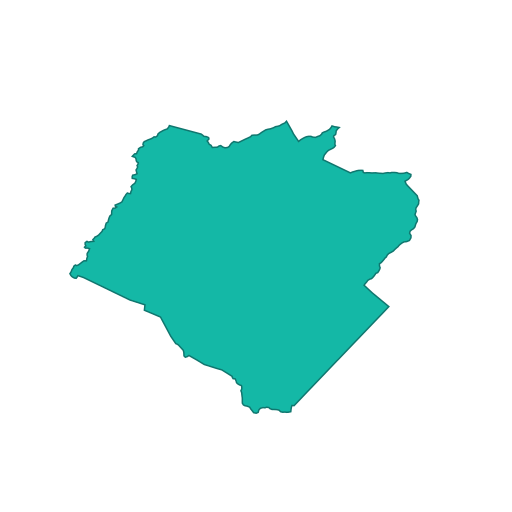 outline of Ipirá, Bahia, Brazil, rotated 64°
{"feature_id": "56859067B36426847002914", "entity_name": "Ipirá", "entity_type": "district", "adm_level": 2, "iso_a3": "BRA", "parent_name": "Brazil", "parent_adm1": "Bahia", "projection": "equal_earth", "projection_center": [-39.836, -12.21], "detail": "fine", "context": "isolated", "style": "filled", "palette": "teal", "viewbox_px": 512, "rotation_deg": 64, "n_neighbors": 0, "source": "geoboundaries", "source_scale": "gbopen_adm2", "svg_char_len": 4934}
<svg xmlns="http://www.w3.org/2000/svg" viewBox="0 0 512 512"><g transform="rotate(64 256 256)"><path d="M144.4,224.6L143.4,225.7L143.9,228.6L144.8,230.5L145.8,232.0L146.0,233.9L145.2,236.4L143.5,238.1L141.3,239.3L140.9,241.0L141.3,243.0L140.3,245.2L139.3,247.7L136.8,247.9L135.0,249.1L133.1,249.1L131.2,249.5L130.2,247.0L128.8,246.7L127.0,248.2L125.6,250.4L124.2,250.9L122.4,251.8L100.8,276.7L101.8,277.8L102.9,280.1L102.6,282.4L102.5,284.2L102.6,286.1L102.7,288.3L103.3,290.5L104.7,291.9L105.1,294.0L104.2,295.4L104.6,297.2L104.6,299.4L104.3,302.1L104.3,304.6L104.2,306.3L105.0,307.8L106.4,308.8L107.6,308.5L108.2,309.9L107.7,312.1L108.1,314.6L109.3,315.2L110.4,317.2L111.7,318.5L111.0,320.3L112.2,323.5L113.3,322.5L114.3,321.4L115.9,321.2L117.7,321.8L119.0,321.9L120.4,320.9L121.7,321.8L122.6,323.3L124.0,323.3L125.0,324.3L126.1,326.1L128.0,326.5L129.9,326.8L129.9,329.0L129.3,331.4L130.5,332.6L132.0,333.2L133.2,331.5L134.7,330.0L136.3,331.4L137.5,333.0L138.0,335.7L138.9,337.9L140.5,337.9L142.0,338.5L143.4,340.3L144.9,341.4L144.1,342.9L143.0,344.0L143.8,346.0L144.7,347.3L145.6,349.0L147.3,351.1L148.6,352.8L148.8,354.6L148.7,357.1L148.5,360.3L149.7,360.6L150.9,359.7L151.2,361.6L150.4,363.5L152.2,365.9L153.9,366.8L155.4,367.6L156.0,369.8L157.3,371.3L158.8,372.7L160.6,374.1L160.8,376.2L162.6,377.9L164.2,379.0L165.2,380.1L165.2,382.3L166.4,383.5L167.3,386.0L168.2,388.3L168.5,390.5L168.4,392.5L169.2,393.7L169.7,395.4L171.7,395.4L170.6,398.2L170.1,400.5L168.7,401.5L169.1,403.7L170.7,404.5L172.3,404.5L172.9,406.3L174.1,405.9L175.1,403.9L176.5,402.4L178.1,404.0L179.7,406.6L181.1,407.4L182.6,407.6L183.9,409.0L186.0,410.5L184.9,412.8L185.3,415.3L185.8,417.5L186.2,419.6L186.0,421.4L184.9,422.3L185.3,424.2L186.4,425.2L187.5,427.3L189.3,429.3L190.3,431.0L192.2,430.9L193.5,430.6L194.8,429.9L196.2,428.9L197.2,427.4L196.5,426.0L195.6,424.6L199.8,420.4L240.4,388.5L251.2,377.2L255.8,380.1L269.0,368.6L290.8,367.8L299.6,366.5L300.7,365.5L302.0,364.7L303.4,364.3L304.8,363.9L306.8,363.3L308.9,362.7L310.9,363.1L312.6,363.8L314.2,364.5L316.0,363.9L316.3,361.6L316.0,359.9L323.6,354.7L330.8,350.1L340.0,340.4L343.3,336.7L353.7,330.2L354.9,330.5L356.3,330.3L357.2,328.6L358.4,328.6L359.9,328.7L361.2,329.0L362.4,328.7L363.5,328.1L364.9,327.1L366.0,325.9L367.2,326.1L369.2,327.0L370.5,328.6L372.6,328.8L374.5,329.5L375.9,330.0L377.5,330.5L379.0,331.2L380.6,332.0L382.3,332.8L384.3,332.6L385.7,331.6L386.8,330.1L388.1,328.8L389.2,327.9L391.1,327.8L392.7,327.4L394.2,327.1L395.8,326.8L397.4,324.7L397.5,322.6L395.6,320.9L394.8,318.8L395.3,316.2L396.4,314.4L396.5,312.8L397.9,310.8L399.4,310.3L400.9,308.9L402.3,306.2L403.3,304.5L404.6,302.9L406.8,302.1L408.1,300.5L409.0,298.3L409.8,297.2L410.5,295.6L411.2,293.0L409.3,291.8L407.6,290.6L406.1,289.2L407.2,287.4L400.5,269.4L399.7,267.2L389.5,239.6L385.6,229.1L384.8,226.7L384.0,224.6L372.6,193.7L362.0,164.9L359.7,158.8L340.1,167.7L329.7,171.7L328.8,170.2L328.0,168.2L326.9,166.2L326.7,163.9L327.0,162.2L326.6,160.7L325.6,158.4L324.1,155.8L324.3,153.9L323.5,152.5L322.2,150.7L321.0,149.6L319.1,149.4L317.0,148.4L316.9,146.6L316.3,145.0L315.1,142.3L314.4,141.0L314.0,139.3L312.8,137.8L312.0,135.7L311.9,132.4L311.7,130.3L311.0,128.5L310.3,126.1L309.9,124.3L309.2,122.9L308.7,121.2L308.3,119.0L308.2,116.8L309.1,114.3L309.3,111.3L307.6,108.8L305.6,107.7L304.4,107.8L302.9,108.0L301.3,106.7L300.7,104.8L300.5,102.5L299.6,100.5L298.5,99.5L297.0,98.1L295.6,96.0L294.1,94.9L292.0,94.6L290.1,95.0L288.4,94.9L287.0,93.5L285.9,92.4L284.3,92.1L282.9,91.1L281.7,89.0L280.4,87.0L278.8,86.1L277.3,85.1L275.7,85.3L272.5,84.7L259.4,88.9L257.1,89.5L254.1,89.3L254.0,87.2L253.8,85.5L253.3,84.0L252.2,81.9L250.6,81.0L248.8,82.6L247.0,83.8L246.7,85.6L246.3,87.2L245.2,89.8L244.3,91.5L242.9,92.9L242.0,94.3L241.2,95.8L240.4,97.4L240.1,99.1L238.9,100.9L238.0,103.6L237.5,105.7L236.6,107.2L235.8,108.7L234.8,110.3L233.8,111.8L233.0,113.5L232.2,115.4L231.0,117.4L229.7,119.9L229.0,121.9L227.9,122.9L225.9,122.5L225.0,124.1L224.0,126.4L223.5,128.3L223.2,130.3L222.8,132.4L222.7,134.7L198.8,153.6L197.5,152.6L196.3,151.5L195.1,150.2L194.5,148.8L193.6,147.1L192.8,144.6L192.8,142.1L192.8,139.7L192.5,138.1L191.6,136.2L190.3,136.2L188.9,135.4L187.8,134.7L186.6,134.3L184.7,134.0L183.1,134.2L182.0,133.3L181.7,131.2L180.3,130.1L178.7,129.1L177.6,127.0L177.0,124.9L175.3,127.1L174.4,128.6L173.3,129.7L172.4,130.7L173.4,132.1L174.4,134.4L174.6,136.5L174.7,138.2L174.4,140.5L174.4,142.5L175.3,143.7L175.9,145.8L175.6,148.0L175.5,150.5L174.0,152.9L172.5,154.2L171.5,156.3L170.9,158.5L170.8,160.6L170.9,162.7L171.1,164.9L171.7,167.5L162.7,168.8L159.4,168.8L148.2,169.5L149.1,171.8L149.0,173.8L149.0,175.6L149.3,177.3L149.0,179.3L148.3,181.8L148.4,184.0L148.0,187.4L147.3,189.8L146.9,191.9L147.1,194.2L147.4,197.1L147.9,199.5L147.9,201.4L147.4,202.9L146.6,204.4L145.7,206.8L146.4,208.5L146.4,211.7L146.3,214.3L146.3,216.4L146.3,218.9L146.3,222.1L144.4,224.6Z" fill="#14b8a6" stroke="#0f766e" stroke-width="1.5"/></g></svg>